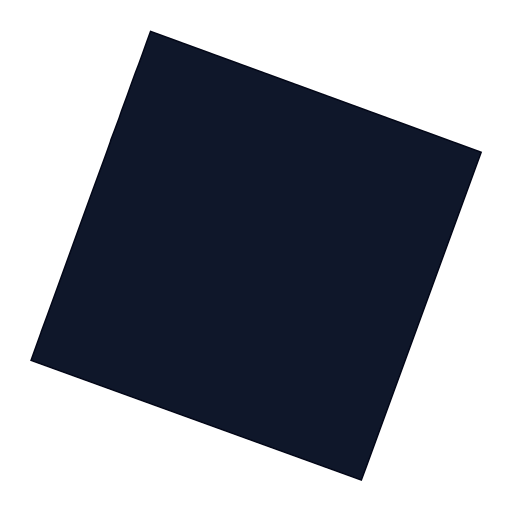 the district of Smith, Kansas, United States of America, rotated 290°
{"feature_id": "52423323B97922729211472", "entity_name": "Smith", "entity_type": "district", "adm_level": 2, "iso_a3": "USA", "parent_name": "United States of America", "parent_adm1": "Kansas", "projection": "mercator", "projection_center": [-98.778, 39.785], "detail": "fine", "context": "isolated", "style": "filled", "palette": "ink", "viewbox_px": 512, "rotation_deg": 290, "n_neighbors": 0, "source": "geoboundaries", "source_scale": "gbopen_adm2", "svg_char_len": 544}
<svg xmlns="http://www.w3.org/2000/svg" viewBox="0 0 512 512"><g transform="rotate(290 256 256)"><path d="M81.0,80.3L81.5,431.6L95.1,431.7L430.5,432.1L431.0,80.1L419.4,80.1L406.9,80.2L396.1,80.2L387.0,80.0L375.7,80.0L363.0,80.1L346.2,80.0L338.9,80.2L338.1,80.2L328.2,80.1L326.2,80.1L315.4,79.9L314.7,80.0L313.6,80.1L302.9,80.2L293.0,80.2L292.9,80.2L262.7,80.1L261.3,80.1L234.3,80.1L225.7,80.1L163.3,80.2L147.0,80.2L140.3,80.2L140.0,80.2L127.6,80.2L111.1,80.1L110.1,80.2L81.0,80.3Z" fill="#0f172a" stroke="#020617" stroke-width="1.5"/></g></svg>